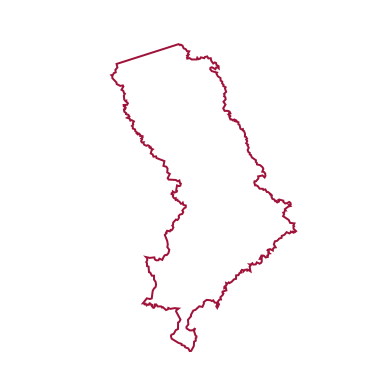 outline of Altamira, Pará, Brazil, rotated 158°
{"feature_id": "56859067B40794450496810", "entity_name": "Altamira", "entity_type": "district", "adm_level": 2, "iso_a3": "BRA", "parent_name": "Brazil", "parent_adm1": "Pará", "projection": "mercator", "projection_center": [-53.684, -6.317], "detail": "fine", "context": "isolated", "style": "outline", "palette": "rose", "viewbox_px": 384, "rotation_deg": 158, "n_neighbors": 0, "source": "geoboundaries", "source_scale": "gbopen_adm2", "svg_char_len": 6070}
<svg xmlns="http://www.w3.org/2000/svg" viewBox="0 0 384 384"><g transform="rotate(158 192 192)"><path d="M265.5,66.4L265.8,63.6L261.1,57.2L258.6,55.1L258.9,54.0L256.4,52.1L256.5,50.6L254.0,48.3L253.7,45.4L252.3,45.0L248.0,48.5L246.1,52.5L244.2,52.7L243.4,55.1L242.5,55.3L241.9,56.6L242.5,57.6L242.2,62.4L240.0,64.5L243.1,63.5L245.8,64.4L248.1,67.5L247.8,68.9L245.0,70.6L243.6,75.0L239.4,77.2L239.1,78.4L235.2,81.6L233.0,81.4L228.1,83.3L225.3,81.6L222.8,84.0L222.4,85.5L218.9,86.5L215.4,84.7L214.4,83.4L212.9,83.6L212.4,81.0L210.9,80.3L210.7,78.2L212.3,76.9L212.0,75.1L209.0,77.8L209.4,80.2L208.9,80.8L206.8,82.0L205.4,81.5L205.1,83.8L201.9,85.1L200.9,86.2L201.5,87.1L201.0,88.2L197.0,87.9L196.4,90.8L198.1,90.7L197.6,91.9L194.8,92.9L194.4,94.8L193.4,93.8L191.8,94.4L191.3,93.5L188.8,93.9L185.8,95.3L183.7,95.0L182.3,98.2L180.1,97.5L178.4,99.0L176.5,98.9L176.5,100.1L174.9,101.1L173.7,100.3L174.0,99.1L172.0,100.0L170.0,99.5L170.2,98.4L168.8,98.5L167.5,96.6L166.6,101.1L165.2,101.9L165.7,103.2L165.0,102.8L162.7,103.3L162.5,101.8L160.0,101.0L158.3,102.5L156.2,100.2L154.7,100.4L153.5,101.2L152.4,103.9L154.2,104.6L151.7,106.8L151.3,105.8L150.4,106.7L149.3,106.1L148.2,103.7L146.2,103.4L146.0,104.7L145.4,104.5L144.2,106.3L143.0,106.0L143.8,107.7L142.9,108.4L143.8,109.7L143.4,110.0L141.0,109.8L139.0,107.5L138.4,108.8L136.6,109.8L135.2,109.4L135.7,112.7L133.7,115.2L131.1,114.9L128.5,116.2L126.2,115.9L125.2,117.7L122.3,117.7L119.3,119.3L117.2,117.1L115.5,117.5L115.2,118.2L113.3,116.5L112.9,117.3L111.8,116.2L110.2,116.7L111.6,119.9L111.1,121.5L110.2,121.9L110.6,122.9L108.8,124.5L112.6,126.6L112.8,129.9L116.6,135.5L115.1,136.7L115.1,138.5L114.4,138.2L112.6,140.3L112.1,140.0L112.3,141.3L108.3,142.4L106.0,142.1L106.8,143.7L105.1,143.6L104.8,145.1L105.7,146.4L108.0,146.0L109.9,146.5L111.0,148.7L110.6,149.8L114.1,152.4L115.1,152.2L114.5,151.5L114.9,150.6L116.9,150.4L117.7,152.4L118.3,152.4L118.5,154.2L120.0,155.5L120.1,157.8L119.4,158.5L120.2,160.0L119.6,160.1L121.5,163.5L122.7,164.1L123.0,166.9L125.0,167.2L125.1,168.4L128.1,169.8L128.7,172.5L129.8,174.1L131.0,174.5L130.7,177.5L130.0,178.5L128.9,177.9L126.2,179.2L125.1,180.1L124.8,181.7L120.4,180.9L119.2,178.3L117.9,179.4L117.2,181.8L117.9,183.7L119.2,184.5L117.2,186.7L117.3,188.5L118.8,191.4L121.4,193.2L121.0,194.7L121.6,196.1L120.8,197.5L123.6,201.7L123.5,204.2L124.4,205.2L123.8,206.7L124.7,207.8L124.7,210.1L122.8,211.8L123.1,214.6L122.4,215.0L123.5,216.9L121.7,218.5L122.1,220.4L121.0,220.8L121.3,222.9L122.2,223.6L121.1,225.9L120.9,228.9L121.7,229.9L121.3,231.3L122.6,231.4L123.4,232.7L122.8,236.3L123.6,237.5L122.8,239.3L125.5,241.5L124.3,241.9L125.6,243.4L127.5,243.3L128.1,244.6L129.2,244.9L129.2,247.7L128.4,247.9L129.0,249.7L128.2,249.3L128.5,250.6L127.9,251.5L127.0,251.0L127.1,252.5L128.6,253.9L131.4,255.0L131.7,257.9L128.2,260.5L129.0,263.9L126.1,265.3L125.6,267.4L126.4,268.7L125.4,269.8L125.6,270.9L122.8,272.1L122.7,275.5L121.6,276.5L123.3,278.5L122.6,279.6L123.4,281.4L122.6,282.9L123.7,284.6L122.9,287.0L124.7,289.6L125.0,292.5L124.0,293.3L128.4,296.7L129.1,299.1L128.3,300.3L126.8,300.2L124.3,297.1L122.9,298.4L121.5,297.9L120.9,296.7L120.2,298.7L121.7,300.6L121.4,302.6L122.4,303.6L124.2,303.2L125.0,306.5L124.5,309.0L126.8,309.7L127.1,312.0L129.5,312.3L130.5,311.5L133.3,313.5L134.5,312.6L136.2,312.7L136.8,314.5L137.9,313.1L142.8,315.1L144.1,317.1L146.4,317.4L146.3,318.6L144.8,319.5L145.3,320.3L143.6,320.7L144.0,321.7L141.9,323.5L143.8,324.4L144.3,326.8L145.9,328.3L146.0,331.3L147.2,332.8L148.2,332.7L149.0,334.1L214.0,339.0L214.5,335.4L217.3,333.9L217.9,331.5L220.0,331.5L221.3,330.3L223.0,330.5L222.5,329.1L223.2,327.4L221.0,321.9L221.4,320.3L218.8,317.3L216.2,316.7L216.1,315.5L219.1,313.2L217.8,311.6L218.0,309.1L217.4,308.3L219.1,306.8L220.2,303.0L219.5,301.0L218.8,301.1L219.1,300.4L218.2,298.3L219.5,297.2L222.8,298.3L223.1,297.2L222.0,296.3L222.8,295.3L222.1,294.7L223.2,293.7L224.2,293.9L224.7,291.8L223.5,289.8L224.0,288.9L222.1,287.4L221.8,285.5L224.3,285.1L222.3,283.3L222.4,281.3L221.0,281.2L219.4,279.2L221.0,278.0L221.2,276.6L222.9,275.8L222.4,274.9L223.1,273.0L221.3,271.3L221.8,269.6L220.4,267.3L221.3,267.0L220.6,265.6L219.2,265.9L218.5,264.2L219.0,263.4L216.9,262.3L217.3,261.2L219.1,260.6L218.5,259.6L220.1,258.3L220.0,256.9L218.2,256.2L218.8,255.7L218.6,253.7L216.9,251.9L215.4,251.9L214.4,250.7L214.8,249.3L214.3,248.5L213.5,248.9L213.3,247.2L212.4,246.3L213.7,245.9L215.8,243.2L214.4,241.6L214.5,239.2L212.0,238.5L212.2,236.8L206.0,231.0L208.7,226.9L206.3,225.0L205.9,222.9L207.6,219.5L205.8,217.1L209.4,213.9L209.0,212.3L202.5,209.2L201.2,207.3L199.4,207.4L199.8,204.9L199.2,204.0L200.5,202.2L201.9,202.3L203.4,203.7L206.0,199.6L205.5,198.6L206.0,198.0L208.4,198.0L209.6,199.7L210.4,198.2L211.3,198.5L211.8,197.8L210.5,196.3L211.4,195.2L211.3,193.9L210.5,192.4L209.4,192.4L210.0,190.7L208.4,190.3L208.6,189.3L207.3,187.9L206.7,185.3L205.7,184.9L204.6,185.5L204.8,183.3L202.8,181.8L203.6,180.1L205.6,179.8L207.9,178.4L207.6,176.7L209.2,175.3L211.7,175.6L213.4,174.7L213.6,173.2L214.9,171.9L216.1,171.5L217.2,172.5L220.9,170.7L221.9,168.6L222.8,168.3L222.5,166.2L224.4,164.5L225.5,164.2L226.1,164.8L227.2,163.8L229.6,165.4L231.2,164.1L230.9,163.5L233.3,162.4L233.3,156.0L234.1,152.4L235.5,150.2L234.7,146.9L236.8,144.1L239.1,143.0L240.4,143.6L242.0,143.0L245.0,140.2L247.2,142.4L248.6,141.3L250.7,142.0L251.7,143.4L251.4,145.5L255.8,146.7L259.0,148.9L258.4,147.3L259.1,145.4L260.7,144.1L260.4,142.9L261.4,140.1L260.2,139.1L261.9,133.8L260.9,132.9L260.6,129.5L258.6,128.7L260.0,125.0L259.4,122.2L260.1,119.4L261.5,117.4L263.4,116.8L265.5,115.0L269.2,108.4L271.0,108.5L273.7,110.3L279.2,107.2L278.3,106.9L278.1,105.7L276.8,105.8L276.6,103.9L275.1,104.2L274.3,103.6L273.1,104.7L272.4,104.2L272.1,102.1L271.5,102.5L271.0,102.0L271.7,99.7L270.8,98.9L269.2,99.8L268.5,101.6L267.2,101.1L266.8,98.8L263.5,97.5L263.1,96.1L262.2,96.2L260.3,92.3L258.3,92.3L257.4,93.4L256.0,91.8L251.5,90.8L248.1,89.0L250.7,88.3L251.5,87.3L250.5,78.0L252.4,76.4L253.8,76.2L256.3,70.2L258.8,70.0L262.1,67.3L264.5,67.4L265.5,66.4Z" fill="none" stroke="#9f1239" stroke-width="2"/></g></svg>